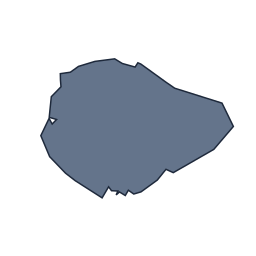 Overton, Tennessee, United States of America (Albers equal-area conic projection), rotated 304°
{"feature_id": "52423323B37655039009426", "entity_name": "Overton", "entity_type": "district", "adm_level": 2, "iso_a3": "USA", "parent_name": "United States of America", "parent_adm1": "Tennessee", "projection": "albers", "projection_center": [-85.32, 36.342], "detail": "fine", "context": "isolated", "style": "filled", "palette": "slate", "viewbox_px": 256, "rotation_deg": 304, "n_neighbors": 0, "source": "geoboundaries", "source_scale": "gbopen_adm2", "svg_char_len": 603}
<svg xmlns="http://www.w3.org/2000/svg" viewBox="0 0 256 256"><g transform="rotate(304 128 128)"><path d="M129.7,45.4L124.7,49.4L111.1,46.9L92.8,56.7L95.1,64.0L88.9,62.9L91.8,57.2L72.9,60.0L60.4,79.1L55.6,101.5L54.8,113.7L55.6,145.6L68.4,144.8L66.8,149.4L70.1,154.9L65.9,155.6L70.2,156.7L70.5,163.5L76.6,163.1L76.5,169.7L82.3,174.5L101.2,181.4L115.0,182.6L116.3,190.5L158.3,211.1L188.2,214.5L201.2,192.0L187.1,144.5L187.2,134.1L188.2,102.9L187.6,99.7L182.5,99.8L178.3,87.2L177.9,78.3L164.7,63.3L151.4,52.5L142.0,49.0L135.2,41.5L129.7,45.4Z" fill="#64748b" stroke="#1e293b" stroke-width="1.5"/></g></svg>